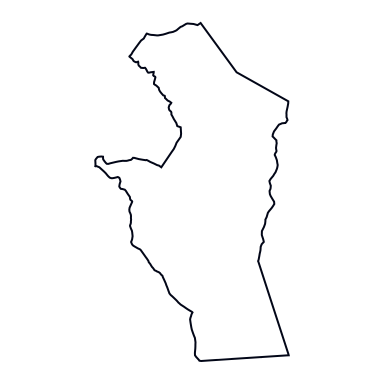 Morne Ciseaux, Anse-la-Raye, Saint Lucia
{"feature_id": "8701671B86288644178895", "entity_name": "Morne Ciseaux", "entity_type": "district", "adm_level": 2, "iso_a3": "LCA", "parent_name": "Saint Lucia", "parent_adm1": "Anse-la-Raye", "projection": "orthographic", "projection_center": [-61.005, 13.936], "detail": "fine", "context": "isolated", "style": "outline", "palette": "ink", "viewbox_px": 384, "rotation_deg": 0, "n_neighbors": 0, "source": "geoboundaries", "source_scale": "gbopen_adm2", "svg_char_len": 4771}
<svg xmlns="http://www.w3.org/2000/svg" viewBox="0 0 384 384"><path d="M200.6,23.0L198.0,24.8L197.5,25.1L193.6,24.0L189.9,23.7L187.5,23.5L186.1,23.9L182.2,26.3L180.6,26.9L179.0,28.2L176.5,30.3L175.1,31.0L173.0,31.9L171.1,32.3L169.3,32.6L165.7,33.8L162.9,34.6L158.1,35.4L156.9,35.4L155.1,35.2L153.2,35.0L151.5,34.9L150.1,34.7L148.7,34.3L147.3,33.7L146.7,33.6L146.2,34.3L145.0,36.3L144.2,37.7L143.8,38.5L141.1,40.5L139.1,43.1L135.8,47.6L132.9,51.6L131.2,54.6L130.7,55.0L130.3,55.4L129.4,56.4L129.5,56.7L130.5,57.5L132.5,59.1L132.9,59.8L133.1,60.2L133.7,61.1L134.7,61.7L135.4,62.0L136.1,62.3L137.3,61.9L137.6,61.8L137.8,61.8L138.1,61.7L138.3,62.3L138.3,62.7L138.3,63.2L138.3,64.2L138.7,65.5L139.1,65.9L140.2,66.9L140.8,67.7L141.8,67.9L143.5,68.0L144.5,67.8L145.1,67.8L146.0,69.0L146.4,69.8L146.5,69.9L147.2,71.4L147.7,72.1L148.1,72.6L148.8,72.7L149.8,72.5L150.6,72.3L152.2,72.1L153.7,71.9L153.7,72.6L153.3,74.4L153.2,75.3L153.8,76.0L154.2,76.2L154.5,76.3L154.9,76.6L155.1,76.7L155.4,77.2L155.2,78.2L154.7,80.1L154.1,82.0L154.0,83.3L154.0,84.0L154.7,84.6L155.9,85.3L156.8,86.0L157.6,86.8L158.1,87.2L158.4,87.5L158.7,87.8L158.9,88.8L159.2,90.0L160.1,91.6L161.6,93.5L161.9,93.8L163.2,95.3L164.7,95.8L164.9,96.6L165.0,98.0L166.1,99.0L167.6,100.5L169.8,101.6L171.3,102.8L170.8,103.7L169.4,105.2L168.7,107.4L169.0,109.2L169.5,110.3L171.1,111.7L171.4,112.7L171.4,114.6L171.8,115.2L172.7,116.8L173.8,119.0L176.3,123.0L177.3,126.1L179.0,126.7L180.2,127.1L180.7,127.3L181.1,133.7L180.7,136.9L176.6,142.7L175.3,146.0L173.8,149.0L171.6,152.1L161.3,167.3L159.0,165.6L157.1,165.1L153.9,163.5L150.2,161.9L148.3,160.8L146.7,160.0L145.7,160.2L143.0,159.8L138.9,159.1L136.2,158.4L134.4,157.9L133.0,157.8L132.3,158.7L130.9,159.9L129.1,160.2L127.8,160.6L126.3,160.9L125.3,160.9L122.7,160.8L118.6,161.4L116.1,161.9L110.2,163.3L109.9,163.4L108.3,163.9L106.8,163.8L106.0,163.1L104.6,161.4L103.2,159.4L103.1,158.7L103.0,156.7L101.3,156.5L99.0,156.7L97.6,157.0L96.0,158.9L95.5,159.7L95.3,160.1L95.3,160.5L95.4,162.3L95.5,164.4L95.4,165.8L95.3,166.2L95.5,166.3L96.5,166.1L99.4,167.3L100.8,168.6L104.0,171.5L105.8,173.3L107.0,174.8L108.1,176.1L109.7,177.6L111.3,178.2L112.6,178.2L114.3,177.9L116.4,177.4L117.8,177.0L119.3,177.8L120.0,179.4L120.5,181.4L119.7,183.9L119.4,185.5L119.3,186.6L119.7,187.3L120.3,188.2L121.0,188.9L122.4,189.0L124.8,189.7L125.8,190.8L127.8,194.0L129.1,195.8L129.9,197.0L130.0,198.2L130.3,199.6L130.8,200.1L132.0,201.1L132.2,201.5L132.1,202.0L130.6,205.4L129.6,207.7L129.3,209.7L129.5,211.6L130.3,213.3L130.9,215.0L131.0,216.9L130.9,218.0L131.1,219.4L130.9,221.5L130.9,222.7L130.6,224.0L130.2,225.0L130.0,225.9L130.9,228.5L131.9,230.7L132.2,232.4L132.6,236.2L132.1,239.4L131.4,241.3L131.1,242.0L131.9,244.0L132.4,244.8L133.3,245.7L134.8,246.6L137.9,248.4L139.9,249.3L140.7,250.0L144.2,254.9L146.1,257.6L146.6,258.2L147.0,258.8L148.2,260.6L148.5,261.2L148.7,262.1L150.3,264.1L151.1,265.5L151.6,266.3L152.2,267.2L152.7,267.6L153.9,269.2L154.5,270.2L156.3,271.0L156.8,271.4L158.8,272.2L159.9,273.0L161.2,274.7L162.4,275.7L162.9,277.2L164.0,279.5L164.9,281.5L165.7,283.3L166.4,285.4L167.3,287.5L168.5,290.9L169.2,292.7L169.3,293.1L169.4,293.4L170.8,295.1L172.0,296.1L173.7,297.7L176.3,300.2L177.7,301.7L178.4,302.6L179.3,303.3L180.0,304.0L180.7,304.6L182.7,305.9L184.4,307.0L185.6,307.9L188.0,309.5L190.0,310.7L192.0,311.9L192.5,312.4L191.4,314.6L191.1,316.0L190.5,317.6L190.1,319.4L190.5,322.4L191.3,327.3L191.8,329.6L192.9,332.8L194.0,335.8L194.9,337.9L195.5,342.2L195.4,344.9L195.4,346.4L195.3,348.6L195.1,350.7L194.9,353.0L195.0,355.3L196.2,357.0L198.8,359.8L199.2,360.4L199.4,360.7L201.2,361.0L208.3,360.5L286.6,355.4L288.7,355.3L288.5,354.4L270.2,298.2L258.5,262.1L258.1,261.1L258.6,259.8L259.2,256.7L259.7,253.7L260.2,251.6L260.5,250.0L260.7,246.8L261.7,244.2L263.8,241.9L263.3,239.6L261.8,235.0L261.9,231.1L263.9,227.1L265.1,223.8L265.4,221.2L265.4,219.6L266.6,217.2L267.9,212.8L269.0,211.2L271.6,208.1L273.0,206.1L274.3,204.0L274.2,203.1L274.1,201.7L272.6,199.3L270.7,196.1L269.9,194.2L269.6,191.6L269.6,190.8L270.5,188.8L270.7,187.1L270.8,185.7L269.9,183.3L269.4,181.0L270.6,179.0L271.6,177.8L273.2,175.9L274.3,174.0L275.5,172.3L277.0,168.6L277.4,166.9L277.7,165.0L277.3,163.1L276.9,160.3L275.8,157.2L275.0,155.5L274.7,154.9L274.9,154.2L275.2,153.4L275.6,152.8L276.3,151.7L276.5,151.0L276.4,150.3L276.2,149.5L276.1,148.5L276.0,148.0L276.4,144.9L276.7,143.2L276.4,141.5L276.4,140.3L274.9,138.8L273.5,137.3L272.6,136.5L272.8,134.5L274.0,131.4L276.2,128.5L277.7,126.3L279.0,124.6L280.5,124.0L282.0,123.3L284.1,123.1L284.9,123.0L285.4,123.0L286.3,122.0L287.0,120.7L287.5,120.1L287.4,119.6L286.9,118.1L286.5,117.2L286.5,114.2L286.4,113.2L286.6,111.3L287.2,108.6L287.6,106.8L288.2,103.5L288.3,101.3L236.6,72.3L200.6,23.0Z" fill="none" stroke="#020617" stroke-width="2"/></svg>